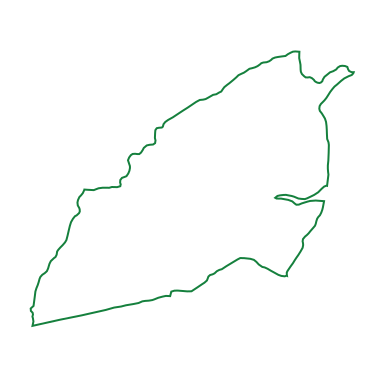 Komo, Estuaire, Gabon (Albers equal-area conic projection), rotated 187°
{"feature_id": "22940354B49823101443356", "entity_name": "Komo", "entity_type": "district", "adm_level": 2, "iso_a3": "GAB", "parent_name": "Gabon", "parent_adm1": "Estuaire", "projection": "albers", "projection_center": [10.284, 0.218], "detail": "fine", "context": "isolated", "style": "outline", "palette": "green", "viewbox_px": 384, "rotation_deg": 187, "n_neighbors": 0, "source": "geoboundaries", "source_scale": "gbopen_adm2", "svg_char_len": 3883}
<svg xmlns="http://www.w3.org/2000/svg" viewBox="0 0 384 384"><g transform="rotate(187 192 192)"><path d="M299.1,181.3L299.1,181.1L300.2,177.6L301.7,175.2L303.2,173.2L304.2,170.0L304.4,167.5L303.7,164.7L302.1,162.6L301.4,161.2L301.0,159.0L301.5,157.3L303.7,154.7L305.2,153.7L306.9,150.9L308.4,147.3L309.1,143.5L309.6,139.2L310.2,133.4L310.8,129.0L311.9,126.5L313.9,123.5L316.0,120.8L317.7,118.3L318.6,116.5L318.7,113.3L319.6,110.8L320.9,109.6L323.7,106.2L324.7,103.4L325.1,101.1L325.5,98.6L326.4,95.7L328.3,93.5L330.5,91.6L332.1,89.3L332.7,87.3L333.2,83.9L333.8,80.8L334.7,77.5L335.3,74.2L335.3,69.1L335.4,59.6L336.8,58.0L337.9,56.7L337.4,54.3L335.5,52.8L334.9,51.0L335.2,48.9L334.5,47.3L333.6,44.1L334.0,39.7L327.0,42.2L307.3,49.2L286.5,56.1L277.6,59.3L263.3,64.4L255.2,67.8L248.4,69.7L243.8,71.5L236.7,73.6L231.5,75.3L228.0,77.4L225.2,78.2L221.6,78.9L218.2,79.9L216.2,80.9L212.6,82.9L208.4,84.6L205.2,85.7L201.0,86.0L200.4,90.6L197.5,91.9L194.4,92.4L184.5,92.8L180.4,93.4L177.7,95.7L175.0,98.0L171.0,101.5L168.6,103.5L166.4,106.0L165.9,107.9L165.4,110.1L163.9,111.8L161.5,112.8L159.7,114.0L157.7,116.4L155.4,118.0L153.0,119.0L148.8,122.6L138.6,130.6L136.1,132.3L132.3,132.7L126.0,132.8L122.3,132.2L119.6,130.5L116.9,128.2L113.1,126.2L110.7,126.0L107.6,125.0L104.2,123.5L101.4,122.4L96.2,120.3L93.1,119.6L89.7,119.6L87.8,120.5L87.5,120.4L87.9,121.9L88.1,123.6L87.6,125.2L85.1,130.1L83.1,133.7L81.7,136.8L80.3,139.6L78.8,142.4L77.0,146.2L75.4,150.1L75.2,152.9L75.6,154.8L76.2,156.6L76.1,158.8L74.4,161.5L72.7,163.3L71.2,165.2L69.8,167.5L67.3,171.2L65.8,173.5L65.3,175.5L65.0,178.2L64.5,180.8L63.6,182.6L62.2,184.5L61.2,187.2L60.5,190.3L60.2,192.8L59.8,199.0L68.2,198.6L73.7,197.5L76.0,196.6L79.6,195.0L81.8,194.0L84.4,192.5L86.9,192.1L88.7,193.1L91.3,194.9L95.5,195.9L102.7,196.3L107.3,195.8L108.7,196.4L106.7,198.5L104.2,199.4L100.9,200.2L98.4,200.6L95.8,200.4L92.6,200.2L90.2,199.8L85.6,198.5L82.4,198.5L79.1,198.7L76.9,199.8L73.6,201.9L70.4,204.0L66.7,207.1L63.7,211.0L61.5,213.5L59.3,214.7L58.7,214.6L58.7,222.8L58.7,225.9L59.3,228.2L60.0,231.6L60.4,234.9L60.5,239.7L61.1,247.2L61.9,255.4L62.6,258.0L64.3,261.1L65.2,266.3L65.8,270.1L66.5,273.9L67.5,277.9L69.0,281.1L70.7,283.3L72.7,285.8L75.0,288.1L75.8,290.2L75.8,292.8L74.8,295.1L73.3,297.0L71.7,299.1L70.1,301.7L68.6,304.8L67.0,308.2L65.0,311.6L63.4,314.0L61.0,316.5L57.6,320.4L54.7,323.3L50.7,326.0L47.7,327.6L46.4,329.4L46.1,330.6L48.2,330.4L50.7,331.2L52.0,332.8L53.1,335.1L55.6,335.7L58.3,335.6L60.4,335.0L62.5,333.3L63.8,331.2L66.6,329.1L69.6,327.6L71.3,325.8L74.5,322.5L75.8,319.7L76.2,317.8L77.4,316.4L78.8,315.7L80.9,315.8L82.8,316.5L83.8,317.1L84.7,318.2L87.0,319.7L89.1,320.3L91.1,319.8L93.1,319.6L94.7,320.5L97.3,322.5L98.6,324.6L99.1,326.7L99.8,331.4L100.5,333.7L101.9,337.9L102.3,341.7L102.5,344.3L106.5,344.1L108.9,343.6L111.2,342.2L113.7,340.4L115.8,338.4L119.4,337.5L123.1,336.5L125.9,335.6L128.4,334.2L129.5,332.8L131.3,331.2L133.8,329.9L137.0,329.2L138.9,328.3L140.1,326.9L142.3,324.9L144.7,323.4L147.5,322.2L150.0,321.3L153.0,318.5L155.1,316.7L157.3,315.4L160.1,313.6L162.0,311.2L164.6,308.3L168.2,304.5L170.1,302.7L172.7,300.0L174.0,297.7L175.2,295.3L177.1,294.1L179.8,292.0L182.9,291.0L187.3,287.7L189.8,285.9L192.3,285.0L195.5,284.3L198.9,281.9L206.7,275.1L211.1,271.5L214.5,268.6L220.1,263.8L224.5,260.6L227.1,258.2L228.5,255.9L228.9,253.3L229.8,252.3L232.8,251.7L234.8,251.0L235.9,248.9L235.8,246.2L235.4,241.1L234.5,238.7L234.6,236.0L236.4,234.4L239.8,233.7L242.6,232.7L245.2,229.9L246.1,227.5L247.4,224.9L249.0,223.2L250.7,223.0L253.2,223.0L255.6,222.5L257.2,221.1L258.6,218.6L259.4,215.7L257.9,212.5L256.8,210.2L256.5,208.3L256.7,205.5L257.5,202.6L259.0,199.7L260.8,198.7L263.2,197.5L264.6,195.2L264.5,192.6L263.7,190.9L263.9,189.0L266.9,187.7L272.1,187.2L274.7,186.1L281.0,185.4L285.2,184.3L287.3,183.2L289.7,181.9L295.5,181.5L299.1,181.3Z" fill="none" stroke="#15803d" stroke-width="2"/></g></svg>